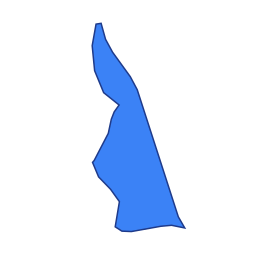 the state/province of Saint Croix, rotated 261°
{"feature_id": "VIR-4870", "entity_name": "Saint Croix", "entity_type": "state/province", "adm_level": 1, "iso_a3": "VIR", "parent_name": "United States Virgin Islands", "parent_adm1": "", "projection": "robinson", "projection_center": [-64.734, 17.738], "detail": "fine", "context": "isolated", "style": "filled", "palette": "blue", "viewbox_px": 256, "rotation_deg": 261, "n_neighbors": 0, "source": "natural_earth", "source_scale": "10m", "svg_char_len": 468}
<svg xmlns="http://www.w3.org/2000/svg" viewBox="0 0 256 256"><g transform="rotate(261 128 128)"><path d="M235.6,117.8L219.1,119.7L205.3,124.6L178.3,138.3L164.4,143.1L32.4,163.8L20.4,168.4L25.1,155.8L25.8,145.1L25.2,115.1L27.1,105.8L32.4,99.9L56.6,108.0L70.2,101.2L84.3,91.3L99.6,87.6L101.2,89.5L125.8,107.7L139.3,112.9L146.1,116.9L152.1,122.8L166.7,109.5L189.8,104.0L214.9,105.5L235.6,112.7L235.6,117.8Z" fill="#3b82f6" stroke="#1e3a8a" stroke-width="1.5"/></g></svg>